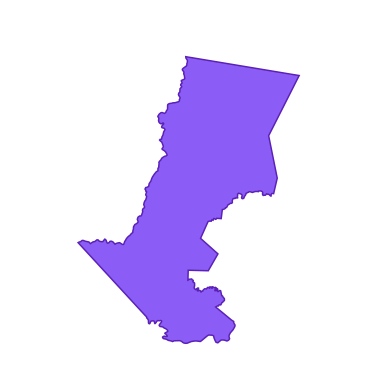 the district of Valle Del Guamuez, Putumayo, Colombia, rotated 291°
{"feature_id": "7082276B97476971281230", "entity_name": "Valle Del Guamuez", "entity_type": "district", "adm_level": 2, "iso_a3": "COL", "parent_name": "Colombia", "parent_adm1": "Putumayo", "projection": "albers", "projection_center": [-76.929, 0.422], "detail": "fine", "context": "isolated", "style": "filled", "palette": "violet", "viewbox_px": 384, "rotation_deg": 291, "n_neighbors": 0, "source": "geoboundaries", "source_scale": "gbopen_adm2", "svg_char_len": 6026}
<svg xmlns="http://www.w3.org/2000/svg" viewBox="0 0 384 384"><g transform="rotate(291 192 192)"><path d="M265.1,138.1L264.4,138.1L260.5,139.5L258.6,139.0L257.2,139.0L256.7,138.9L255.5,138.1L255.5,135.6L254.9,134.6L253.1,133.5L251.2,133.1L250.4,133.0L249.9,133.3L249.6,134.0L248.9,134.6L246.6,135.2L245.7,135.8L245.1,136.5L244.6,137.6L244.5,138.6L244.9,139.2L246.1,140.2L245.9,140.8L245.7,141.0L245.2,141.1L243.2,140.3L241.8,140.3L241.3,141.0L241.5,143.2L241.1,144.0L240.6,144.4L237.8,144.0L234.7,144.5L232.9,144.2L230.5,144.6L230.1,144.4L229.8,143.4L228.9,143.1L228.3,144.1L227.8,145.8L226.8,146.8L224.5,148.8L223.3,149.0L221.8,148.5L221.1,148.9L220.6,151.5L219.9,153.1L218.2,155.1L217.5,155.5L216.5,155.0L215.5,153.6L213.4,152.0L212.4,151.6L210.6,151.4L209.4,150.8L208.5,150.5L207.7,150.5L206.9,151.0L202.8,152.1L202.3,151.8L201.7,151.8L199.9,152.5L199.4,152.5L198.3,151.5L195.4,150.5L191.8,149.7L190.1,149.6L187.7,149.7L184.5,149.0L181.9,149.5L180.9,148.9L180.0,148.0L179.7,147.3L179.1,147.1L178.0,147.1L177.6,147.3L177.1,148.2L176.2,148.6L176.1,149.3L175.8,149.6L173.2,149.7L172.8,149.8L172.2,150.4L171.9,151.0L171.2,151.4L168.1,151.6L166.8,151.2L165.5,151.1L163.1,151.4L162.0,152.2L161.4,152.9L160.3,153.2L159.0,152.3L157.9,152.2L156.9,152.4L155.9,153.1L152.4,153.2L151.2,152.8L150.9,151.8L150.0,151.1L149.4,150.7L148.1,150.6L147.0,150.7L146.6,150.9L145.6,151.9L144.8,152.3L144.2,152.4L142.5,151.5L141.2,150.3L138.8,149.9L138.0,150.0L136.7,150.5L134.7,150.7L132.9,151.2L131.5,150.3L129.4,149.6L128.2,148.8L126.8,148.1L125.0,147.5L122.9,147.2L121.7,146.9L119.0,147.0L118.5,146.8L118.2,146.3L118.2,145.3L118.7,143.1L118.7,142.4L117.5,140.5L116.6,139.4L115.9,139.1L115.7,138.8L117.0,136.3L117.2,135.0L117.1,134.1L116.6,133.2L116.2,133.0L114.9,132.6L114.0,131.6L114.0,131.2L114.2,130.8L116.1,129.2L116.7,128.2L116.7,127.4L113.7,126.5L113.1,125.0L112.9,123.5L113.0,122.6L113.6,121.7L113.4,120.7L113.2,120.3L111.0,119.1L110.0,117.5L107.4,115.6L108.4,113.7L107.8,109.9L107.8,107.6L107.3,106.7L105.6,105.7L104.8,104.5L103.9,103.8L59.8,192.8L59.5,193.7L58.9,194.6L58.3,194.7L57.6,196.1L56.8,197.1L55.9,197.6L54.6,198.1L53.9,198.5L53.7,199.1L53.8,199.6L54.1,199.8L56.2,199.9L56.9,200.2L57.1,200.5L57.8,201.9L57.9,202.7L57.3,203.5L56.2,204.0L55.9,204.6L56.2,204.9L57.7,205.3L58.6,205.4L59.6,206.0L59.8,206.4L60.0,207.5L60.9,209.0L60.8,209.7L60.4,210.0L59.4,210.0L56.5,209.1L55.5,209.3L55.0,210.4L55.6,213.0L55.1,214.5L54.9,216.8L54.2,218.6L53.4,219.3L52.8,219.1L51.1,217.7L50.6,217.3L50.3,217.3L50.1,217.5L50.0,218.4L48.8,220.5L48.5,220.6L48.2,220.4L47.7,219.3L47.5,217.8L46.9,217.0L46.0,216.5L45.8,216.6L45.4,216.9L44.9,217.9L45.3,220.4L45.2,222.0L45.0,222.9L45.5,226.3L45.4,227.4L46.7,228.7L48.7,233.5L48.9,234.6L48.8,235.8L48.3,237.2L48.1,238.4L48.4,240.2L49.2,241.8L52.1,244.9L53.7,247.6L54.5,249.5L55.4,253.3L56.3,254.0L63.3,257.9L64.4,258.8L64.7,259.6L65.6,262.3L65.4,263.7L63.5,265.0L62.2,266.2L60.4,268.1L60.3,269.3L60.5,270.2L64.0,272.1L64.6,273.0L65.3,275.1L65.4,277.7L65.9,278.6L67.3,279.5L68.4,279.7L70.4,278.3L71.6,278.0L74.3,278.3L78.1,279.7L81.6,280.2L82.6,280.1L83.7,279.4L84.2,278.5L85.1,277.7L86.1,277.3L86.6,274.8L93.1,255.3L94.8,256.6L95.1,257.6L96.1,257.6L96.5,257.9L96.7,258.4L96.8,259.1L97.1,259.4L99.3,259.5L100.0,260.2L101.1,260.3L101.9,261.0L102.6,261.1L104.1,260.4L105.0,258.7L105.9,257.7L105.9,256.9L110.1,254.1L110.1,253.6L109.8,252.8L108.6,252.3L108.3,251.7L108.5,251.3L109.1,250.9L110.0,251.0L110.5,250.8L110.7,250.6L110.8,249.9L110.3,249.6L109.8,249.6L109.3,250.1L108.8,250.1L108.1,249.0L108.3,248.6L108.6,248.5L108.9,248.5L109.2,249.1L109.6,249.3L110.4,248.9L111.2,248.8L111.3,247.9L110.7,247.6L110.5,247.2L110.9,246.2L110.8,244.8L110.3,244.6L109.8,245.3L109.4,245.3L109.3,244.9L109.8,244.5L110.1,243.9L109.9,242.9L109.6,242.5L109.4,242.5L108.8,243.0L108.5,243.0L108.4,242.7L108.9,242.2L108.9,241.8L108.6,240.9L108.0,240.5L107.2,240.5L106.7,240.2L106.4,239.1L106.0,238.3L104.0,237.4L103.3,237.5L102.9,236.6L102.0,236.4L101.9,236.0L102.8,235.1L102.9,234.2L102.8,233.8L101.8,233.2L101.7,232.7L101.9,232.2L102.2,232.2L104.2,232.7L104.6,232.5L104.5,231.9L104.2,231.6L103.1,230.9L102.4,230.6L102.2,230.4L102.2,230.0L103.1,228.5L103.6,228.2L105.3,228.1L107.8,227.1L108.2,226.4L108.4,225.1L108.6,224.9L109.6,225.0L110.0,224.7L110.1,223.6L110.7,222.9L109.5,220.6L108.6,220.2L108.2,219.8L117.6,216.5L124.3,235.4L143.5,238.4L151.8,216.6L170.2,217.6L171.3,219.1L171.6,220.4L173.2,220.6L173.2,221.8L174.7,221.7L175.1,221.9L175.2,222.5L174.9,223.3L174.9,223.7L175.1,224.1L176.3,224.5L177.6,228.8L186.5,226.6L187.2,227.8L188.5,228.9L189.3,228.9L189.5,229.4L190.3,229.9L192.9,230.2L194.3,231.4L195.2,231.9L195.5,232.8L196.2,233.4L196.9,233.4L198.2,232.7L200.4,232.7L201.2,233.8L201.2,234.3L201.5,234.6L202.0,234.6L202.3,235.0L202.5,236.2L203.0,236.7L203.9,236.0L204.7,236.0L206.3,235.3L206.5,235.4L207.6,236.0L207.5,236.7L207.7,237.7L207.5,239.1L207.3,239.5L206.6,240.1L204.4,240.3L203.9,240.9L203.8,241.4L204.5,242.5L204.8,242.4L205.3,242.6L206.5,242.6L208.7,243.1L210.2,243.0L210.4,243.3L211.4,244.1L212.0,244.8L212.8,245.3L213.1,246.2L213.2,248.5L215.1,250.8L216.0,253.0L216.0,253.7L216.4,254.0L217.0,254.1L217.6,255.7L217.6,256.6L217.4,257.6L217.1,258.0L216.4,258.5L215.5,258.4L214.4,259.4L214.3,259.7L214.7,260.0L215.1,261.3L215.4,261.7L216.2,262.1L217.0,262.2L217.1,262.3L217.0,263.6L217.4,264.5L216.5,266.6L216.5,267.2L216.8,267.3L217.6,266.7L219.1,267.0L219.4,267.4L219.7,268.8L235.5,266.6L272.0,243.4L339.1,250.3L316.1,137.7L315.1,138.2L314.6,138.6L313.6,140.2L312.6,140.8L311.1,141.2L310.0,141.2L308.6,141.7L307.7,141.6L304.3,139.4L303.2,139.0L302.5,139.3L301.2,141.3L300.7,141.6L299.4,141.9L298.0,143.1L295.3,144.6L294.8,144.5L294.4,144.2L292.3,142.1L291.5,142.4L290.6,143.5L290.1,143.7L288.5,142.9L287.6,143.2L286.9,144.5L286.5,144.7L284.1,143.8L281.0,144.8L279.5,144.2L278.2,144.4L277.6,144.8L275.9,147.0L275.0,147.2L273.6,147.1L272.9,147.5L272.0,147.4L271.4,147.0L269.3,144.2L268.4,142.2L267.7,141.4L266.6,139.4L266.3,139.0L265.1,138.1Z" fill="#8b5cf6" stroke="#5b21b6" stroke-width="1.5"/></g></svg>